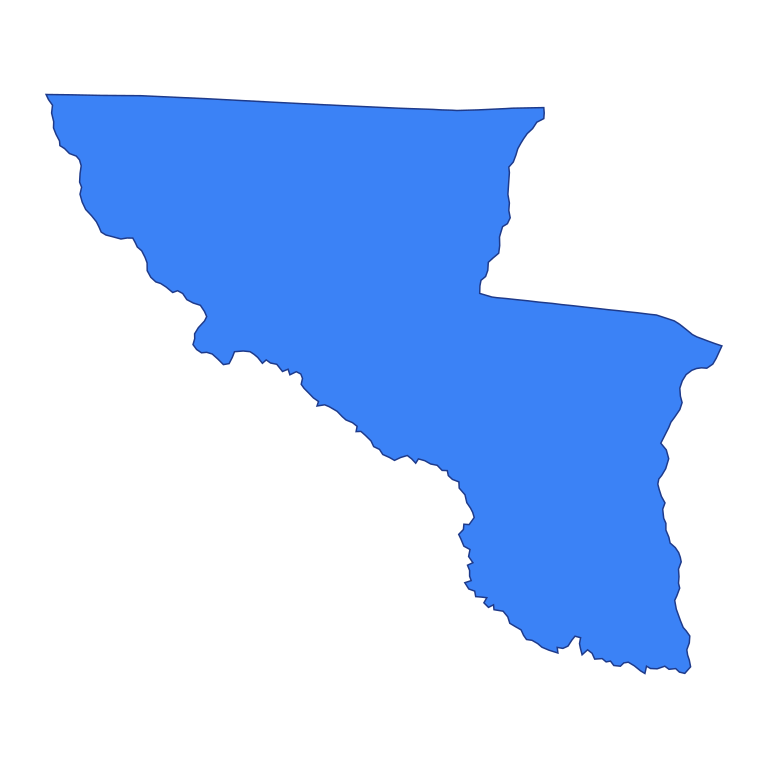 outline of Glória D'Oeste, Mato Grosso, Brazil
{"feature_id": "56859067B39077637769127", "entity_name": "Glória D'Oeste", "entity_type": "district", "adm_level": 2, "iso_a3": "BRA", "parent_name": "Brazil", "parent_adm1": "Mato Grosso", "projection": "orthographic", "projection_center": [-58.306, -15.871], "detail": "fine", "context": "isolated", "style": "filled", "palette": "blue", "viewbox_px": 768, "rotation_deg": 0, "n_neighbors": 0, "source": "geoboundaries", "source_scale": "gbopen_adm2", "svg_char_len": 3822}
<svg xmlns="http://www.w3.org/2000/svg" viewBox="0 0 768 768"><path d="M721.9,345.9L715.0,343.6L708.1,341.1L703.1,339.2L696.9,336.9L692.3,334.5L686.1,329.4L679.5,324.2L674.3,320.9L666.8,318.4L656.4,315.0L649.8,314.3L636.9,312.7L627.1,311.7L618.4,310.7L608.2,309.7L599.6,308.7L585.8,307.2L572.8,305.7L561.8,304.6L552.3,303.4L538.7,302.1L527.9,300.8L516.0,299.6L505.9,298.5L496.9,297.7L491.8,297.0L479.7,293.4L479.9,285.9L481.0,280.3L485.6,276.5L487.8,270.3L488.3,262.3L492.8,258.2L498.7,253.2L499.7,245.6L499.5,237.0L500.9,232.2L502.6,226.6L507.4,223.7L510.2,217.8L508.8,210.4L509.4,203.0L507.9,194.4L508.4,186.8L508.8,180.8L509.4,172.6L508.8,167.1L513.3,162.0L515.9,155.1L517.8,148.7L520.8,143.3L523.5,138.9L527.2,133.6L532.6,128.6L536.8,122.2L543.8,118.6L544.2,113.0L543.8,107.6L512.3,108.2L505.6,108.6L478.0,109.9L456.9,110.5L452.0,110.2L441.4,109.9L433.0,109.4L409.3,108.6L398.4,108.2L335.7,105.3L330.2,105.0L324.6,104.8L272.9,102.2L210.3,98.9L140.8,95.7L100.9,95.4L70.9,94.8L46.1,94.5L48.5,99.6L52.5,105.2L51.6,113.0L53.7,121.7L53.5,127.9L56.1,134.5L59.5,140.9L59.9,145.6L64.6,148.6L69.4,153.5L76.3,156.1L79.5,159.9L81.2,165.8L80.1,173.3L79.6,182.1L81.6,187.2L80.0,194.2L82.2,202.1L85.7,209.5L91.7,215.9L96.4,221.8L98.9,226.8L101.2,232.1L105.9,235.0L112.5,236.7L120.9,239.0L127.1,238.0L132.8,238.1L135.3,242.7L137.3,247.0L141.7,250.8L145.1,257.5L147.1,262.9L147.2,270.7L150.8,277.3L155.8,281.9L160.7,283.5L166.1,287.0L172.7,292.5L177.6,290.7L182.7,293.5L186.8,299.6L193.2,303.0L200.4,305.3L204.5,311.5L206.7,316.6L204.5,321.0L198.4,327.6L194.6,333.8L194.7,338.7L193.0,344.6L196.6,349.5L201.5,352.8L206.7,352.3L212.2,354.0L217.7,358.9L223.4,364.6L229.1,363.6L232.3,357.4L234.5,351.7L243.2,351.0L250.1,351.7L254.0,354.3L257.7,357.4L262.4,363.3L266.2,359.9L270.5,363.0L276.8,364.3L282.5,371.5L288.1,369.2L289.9,374.8L296.3,371.7L300.8,374.0L302.5,378.4L301.2,384.3L304.1,388.4L307.7,392.0L313.4,397.9L318.5,401.5L317.0,406.0L324.7,404.8L329.2,406.7L337.1,411.3L342.3,416.7L345.9,419.9L352.4,422.6L357.1,426.3L356.1,431.6L360.9,431.4L365.2,435.2L371.0,440.9L373.7,446.6L379.5,449.4L382.8,454.5L389.5,457.5L394.5,460.4L400.6,457.5L407.3,455.5L411.7,458.9L415.7,463.2L418.4,458.9L424.8,460.7L430.7,464.0L437.2,465.3L442.1,470.4L447.3,470.6L448.3,475.6L452.4,479.4L458.9,481.9L459.2,488.1L465.0,494.8L466.8,502.7L470.5,508.1L472.7,512.4L474.2,517.5L469.1,524.6L463.9,524.2L463.4,529.5L458.7,534.4L460.9,539.0L463.9,546.2L470.0,549.5L468.6,556.5L472.9,562.7L467.5,565.2L469.6,570.4L469.6,576.2L471.2,580.6L464.8,582.7L468.8,589.0L474.7,591.1L475.7,596.6L481.6,597.1L486.8,597.7L483.9,602.8L488.5,607.4L493.5,604.8L494.0,609.7L503.1,611.2L507.8,616.9L509.8,623.3L515.5,626.7L521.1,629.9L523.6,635.4L526.5,639.5L532.0,640.3L537.7,643.6L541.9,647.2L549.0,650.2L557.9,653.0L557.2,647.4L562.9,648.4L568.0,646.1L571.8,640.2L575.0,636.2L580.6,637.7L579.5,643.6L580.4,648.2L582.1,654.8L587.6,649.8L592.1,653.3L594.7,659.1L602.2,658.6L606.1,661.9L610.5,661.1L613.8,665.5L620.4,666.2L623.8,662.9L628.3,662.2L634.3,665.8L640.6,670.9L644.9,673.5L646.5,666.2L650.5,668.5L657.2,668.8L664.8,666.2L669.0,669.3L675.7,668.6L679.4,672.1L684.8,673.4L690.6,666.8L689.3,660.1L687.6,655.0L686.8,649.8L689.3,642.9L689.8,636.0L686.2,630.9L683.2,627.5L680.4,620.6L678.0,613.9L676.3,609.2L674.7,600.4L676.8,595.9L679.7,588.1L678.5,583.2L679.0,576.8L678.5,569.1L681.2,561.9L680.3,557.3L678.7,552.7L675.3,547.6L670.1,543.0L668.9,537.3L665.9,530.1L665.9,523.3L663.7,518.3L662.7,509.2L665.0,502.9L661.4,496.4L659.2,489.5L657.8,484.1L658.8,479.0L661.7,475.4L665.7,468.7L668.7,458.7L666.3,449.9L660.8,443.2L668.7,427.6L670.9,422.2L674.4,417.5L679.8,409.6L682.1,402.6L680.4,396.2L679.8,388.2L682.3,380.8L686.1,374.6L691.8,370.3L696.5,368.5L701.4,367.8L706.8,368.2L712.8,364.1L716.2,358.3L721.9,345.9Z" fill="#3b82f6" stroke="#1e3a8a" stroke-width="1.5"/></svg>